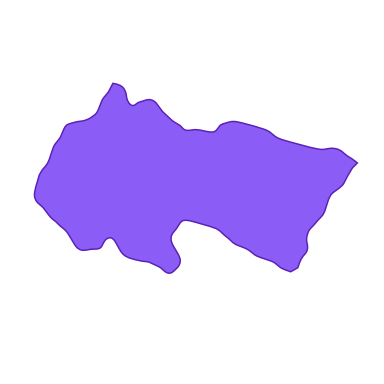 outline of Juan Santiago, La Estrelleta, Dominican Republic, rotated 285°
{"feature_id": "3306468B19325324705004", "entity_name": "Juan Santiago", "entity_type": "district", "adm_level": 2, "iso_a3": "DOM", "parent_name": "Dominican Republic", "parent_adm1": "La Estrelleta", "projection": "orthographic", "projection_center": [-71.601, 18.728], "detail": "fine", "context": "isolated", "style": "filled", "palette": "violet", "viewbox_px": 384, "rotation_deg": 285, "n_neighbors": 0, "source": "geoboundaries", "source_scale": "gbopen_adm2", "svg_char_len": 2826}
<svg xmlns="http://www.w3.org/2000/svg" viewBox="0 0 384 384"><g transform="rotate(285 192 192)"><path d="M262.9,344.2L265.2,338.6L267.2,332.2L270.3,325.5L271.1,321.6L271.0,318.9L270.6,316.3L269.8,313.8L267.3,308.3L266.5,305.5L266.1,302.5L265.7,294.8L265.7,273.0L265.9,265.3L266.4,260.8L267.2,258.0L270.2,251.3L270.9,248.3L271.3,245.3L271.7,234.2L271.7,223.0L271.5,218.3L271.2,215.2L270.4,212.2L268.7,208.9L265.6,203.9L264.1,202.3L263.2,201.7L259.2,200.1L257.3,199.1L256.5,198.4L255.2,196.3L254.4,192.4L253.9,183.8L253.5,180.9L252.9,178.2L250.6,172.8L250.2,170.6L250.1,169.5L250.6,167.5L253.1,163.4L255.1,156.5L256.0,154.1L262.1,142.7L268.9,134.1L270.0,131.6L270.3,130.3L270.4,127.7L270.1,126.4L269.2,124.2L264.9,117.4L264.2,116.6L261.3,114.3L260.8,113.6L260.3,112.7L260.1,111.7L260.3,110.5L261.3,108.4L264.0,105.8L266.2,104.5L269.6,103.0L271.7,101.8L274.4,99.3L275.7,97.1L276.4,94.6L276.7,91.9L276.5,87.5L267.6,85.5L265.2,84.6L260.7,82.5L258.1,81.6L255.2,81.1L246.4,80.1L243.5,79.3L241.1,77.9L237.8,75.2L235.8,73.2L234.1,70.9L232.6,68.6L230.1,62.6L226.5,56.4L225.1,54.5L224.3,53.7L223.2,53.0L222.0,52.5L219.4,51.9L210.9,50.7L208.4,49.8L202.7,47.3L199.9,46.6L195.5,46.2L186.6,45.7L182.3,45.0L179.8,44.1L174.2,41.5L169.0,40.1L156.2,39.8L150.7,40.1L148.1,40.6L146.8,41.1L145.7,41.7L143.7,43.2L142.1,45.1L141.4,46.1L139.2,50.7L137.8,53.0L132.6,59.7L131.0,61.9L129.7,64.3L128.2,67.9L125.1,73.4L123.0,78.1L121.7,80.4L120.1,82.6L118.2,84.6L110.5,92.6L108.9,94.7L108.2,95.9L107.4,98.4L107.3,101.0L107.6,102.3L108.4,104.6L110.4,108.9L112.3,114.8L113.3,116.9L114.1,117.7L115.0,118.4L116.0,118.8L121.6,120.1L123.7,121.0L125.4,122.5L126.0,123.4L126.5,124.4L126.7,125.5L126.6,126.8L125.6,128.9L124.1,130.8L118.3,136.4L115.5,139.4L114.0,141.6L112.9,144.2L112.1,148.2L111.9,153.8L112.2,160.9L113.2,168.3L111.3,179.2L110.5,181.7L108.0,186.8L107.5,189.1L107.5,190.2L107.8,191.4L108.3,192.5L109.0,193.4L110.7,194.8L115.6,197.7L117.9,198.5L120.5,198.8L123.2,198.3L124.5,197.7L125.7,196.9L127.9,195.2L135.1,187.9L137.2,186.1L139.6,184.5L140.9,184.0L143.5,183.5L144.8,183.5L147.3,184.1L152.7,186.5L159.5,188.7L161.5,190.1L162.3,191.1L163.2,193.6L163.7,197.7L163.7,203.7L163.4,219.0L162.9,225.0L162.5,226.4L161.6,229.0L158.7,234.4L156.6,239.2L153.7,244.7L152.8,247.3L152.3,250.2L151.5,257.6L150.9,260.5L150.1,263.0L147.6,268.7L146.9,271.4L146.4,275.8L145.9,284.7L145.6,287.6L144.9,290.4L142.3,296.0L141.5,298.4L140.9,302.5L140.5,308.0L146.2,313.8L151.8,314.2L155.8,314.9L158.2,315.7L162.5,317.7L164.9,318.3L166.2,318.3L167.5,318.2L169.8,317.6L174.0,315.6L176.4,314.8L180.4,314.4L184.4,314.8L186.8,315.6L192.3,318.6L197.0,320.8L201.4,323.2L203.7,324.3L207.6,325.2L220.1,325.8L224.1,326.6L225.4,327.0L227.9,328.4L234.4,333.6L237.9,335.8L240.5,336.6L247.1,338.0L256.7,340.7L262.9,344.2Z" fill="#8b5cf6" stroke="#5b21b6" stroke-width="1.5"/></g></svg>